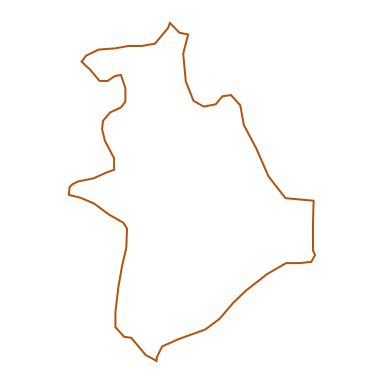 SVG path tracing the border of Saraj
{"feature_id": "MKD-2908", "entity_name": "Saraj", "entity_type": "Municipality", "adm_level": 1, "iso_a3": "MKD", "parent_name": "North Macedonia", "parent_adm1": "", "projection": "orthographic", "projection_center": [21.223, 41.991], "detail": "fine", "context": "isolated", "style": "outline", "palette": "amber", "viewbox_px": 384, "rotation_deg": 0, "n_neighbors": 0, "source": "natural_earth", "source_scale": "10m", "svg_char_len": 1003}
<svg xmlns="http://www.w3.org/2000/svg" viewBox="0 0 384 384"><path d="M170.0,23.0L179.4,32.7L188.2,34.5L183.2,53.6L185.8,81.4L193.5,100.8L203.7,106.6L215.7,104.3L222.4,96.3L231.0,95.1L240.3,105.4L243.8,124.9L256.5,148.9L268.5,176.4L285.5,198.2L313.6,200.7L313.0,222.7L313.0,250.4L315.1,255.1L311.2,261.9L299.5,263.1L286.1,263.1L267.2,274.0L245.6,290.9L233.1,303.0L219.7,318.7L205.3,329.5L178.3,339.2L162.2,346.4L156.8,357.3L156.5,361.0L151.4,358.0L145.7,355.1L131.3,337.8L124.1,336.8L115.4,327.1L115.4,312.6L118.3,287.6L122.0,266.3L126.3,247.9L127.0,228.6L123.4,222.8L108.4,214.2L94.0,203.5L80.4,197.7L68.9,194.9L69.0,193.3L69.6,187.1L72.5,184.2L78.2,181.4L93.4,178.4L106.2,172.6L114.1,169.8L114.1,158.2L104.9,140.8L102.1,129.2L103.0,120.8L110.3,112.3L120.9,107.5L125.4,101.5L125.4,88.2L120.9,74.9L114.8,76.1L107.5,81.0L99.5,80.9L90.6,70.1L81.6,61.7L86.1,55.6L98.6,49.6L114.8,48.4L128.2,46.0L141.6,46.0L155.0,43.6L168.1,28.0L169.9,23.2L170.0,23.0Z" fill="none" stroke="#b45309" stroke-width="2"/></svg>